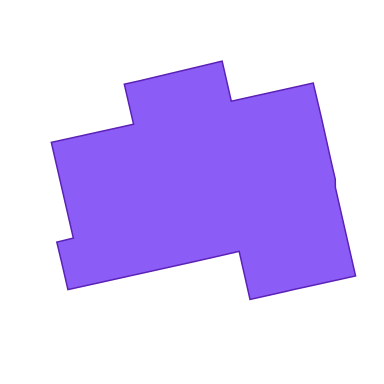 the district of Van Buren, Arkansas, United States of America, rotated 346°
{"feature_id": "52423323B92305544895329", "entity_name": "Van Buren", "entity_type": "district", "adm_level": 2, "iso_a3": "USA", "parent_name": "United States of America", "parent_adm1": "Arkansas", "projection": "robinson", "projection_center": [-92.496, 35.577], "detail": "fine", "context": "isolated", "style": "filled", "palette": "violet", "viewbox_px": 384, "rotation_deg": 346, "n_neighbors": 0, "source": "geoboundaries", "source_scale": "gbopen_adm2", "svg_char_len": 427}
<svg xmlns="http://www.w3.org/2000/svg" viewBox="0 0 384 384"><g transform="rotate(346 192 192)"><path d="M330.4,313.0L332.2,222.4L334.1,214.3L334.4,196.2L335.5,152.7L336.0,115.6L252.1,113.4L252.9,72.3L167.2,71.4L152.4,71.0L151.7,112.1L67.5,109.8L65.7,208.0L48.7,207.9L48.5,228.0L48.0,256.7L181.8,260.2L223.4,261.0L222.3,310.3L260.9,311.2L264.7,311.2L330.4,313.0Z" fill="#8b5cf6" stroke="#5b21b6" stroke-width="1.5"/></g></svg>